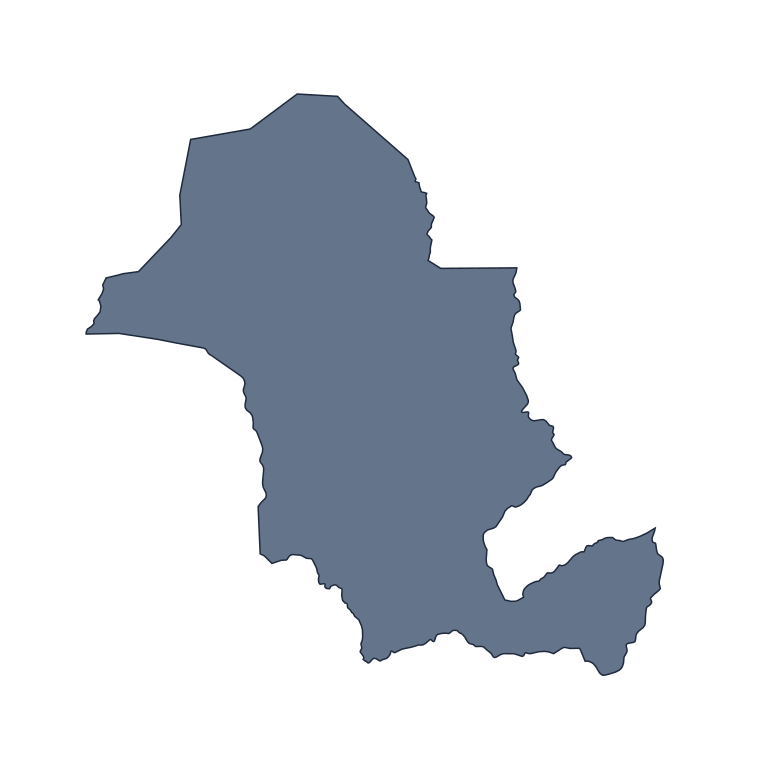 Cololaca, Lempira, Honduras, rotated 278°
{"feature_id": "27666195B2519536680444", "entity_name": "Cololaca", "entity_type": "district", "adm_level": 2, "iso_a3": "HND", "parent_name": "Honduras", "parent_adm1": "Lempira", "projection": "mercator", "projection_center": [-88.919, 14.306], "detail": "fine", "context": "isolated", "style": "filled", "palette": "slate", "viewbox_px": 768, "rotation_deg": 278, "n_neighbors": 0, "source": "geoboundaries", "source_scale": "gbopen_adm2", "svg_char_len": 6155}
<svg xmlns="http://www.w3.org/2000/svg" viewBox="0 0 768 768"><g transform="rotate(278 384 384)"><path d="M599.3,158.5L542.6,155.5L513.6,161.1L499.2,152.5L461.1,125.2L456.9,110.2L454.9,105.7L450.4,94.1L443.0,91.7L439.0,93.1L434.5,92.2L427.5,89.3L426.6,90.6L421.7,92.8L415.9,92.8L411.3,90.2L408.5,88.2L406.0,87.7L403.5,88.5L400.2,86.2L397.1,82.7L393.9,81.9L392.0,82.1L397.2,114.5L396.7,154.2L395.6,173.7L394.5,200.3L394.1,201.8L393.3,203.1L390.0,205.7L389.0,207.0L388.4,208.8L371.9,241.3L370.4,243.5L368.1,245.2L365.6,246.1L362.8,246.1L359.2,245.5L357.2,245.8L355.1,246.8L352.2,248.9L350.7,249.5L344.0,249.3L341.5,249.8L339.1,251.6L336.7,255.7L334.5,257.7L332.6,258.6L327.2,260.0L322.3,260.4L321.3,261.3L319.8,263.8L318.5,264.9L305.8,271.9L303.2,272.9L299.6,273.1L293.2,271.7L290.9,271.7L289.4,272.4L286.7,275.1L284.3,276.4L282.1,276.8L270.0,277.4L267.8,277.8L264.7,278.9L259.8,282.2L257.6,282.9L255.9,282.9L254.2,282.3L249.4,278.7L245.1,276.4L198.6,285.0L197.1,289.5L190.7,298.0L195.1,306.7L196.1,311.7L196.9,312.5L199.1,313.4L200.8,314.5L201.8,315.8L202.4,317.1L202.8,325.1L202.5,326.6L200.6,331.5L200.9,336.4L199.8,337.7L193.4,342.1L191.8,343.0L187.7,344.5L185.8,346.1L184.8,346.4L182.1,346.2L179.3,346.7L178.2,347.2L177.0,348.2L176.9,349.0L177.8,351.9L177.8,353.1L177.3,353.5L175.4,353.6L174.6,353.9L173.8,354.9L173.5,356.4L173.7,358.6L176.3,359.5L177.5,361.4L178.3,363.4L178.0,365.2L176.2,367.6L175.4,370.6L174.4,371.1L168.5,371.6L163.8,373.2L161.7,375.9L161.6,377.3L161.2,378.0L160.6,378.4L158.3,378.8L157.3,379.3L155.5,382.1L153.3,383.8L152.6,385.4L149.8,387.4L147.0,391.9L141.1,395.5L137.4,396.9L130.4,398.1L126.8,398.1L123.6,397.3L119.3,398.8L116.6,397.8L115.4,397.7L111.1,401.8L110.0,402.1L108.4,401.6L107.0,404.0L106.9,405.1L105.6,406.8L105.7,407.7L106.2,408.4L109.9,410.9L110.9,412.1L110.9,414.3L109.4,417.7L109.2,418.9L110.7,420.7L112.6,424.7L114.0,426.0L116.5,427.4L118.3,428.0L119.7,427.8L120.6,428.5L120.6,429.1L119.5,431.0L119.5,432.1L124.1,439.0L127.1,447.5L129.2,452.3L130.3,454.0L130.7,457.4L131.2,459.0L132.7,461.0L137.3,465.1L137.4,466.0L135.9,468.3L135.9,469.1L137.0,469.8L141.6,470.6L143.4,471.8L144.9,475.4L145.9,479.8L145.9,482.8L146.4,483.6L149.1,486.0L149.7,487.2L150.0,489.1L150.0,490.9L148.3,492.9L147.5,495.6L146.8,496.7L144.8,499.1L140.5,502.5L139.2,504.2L138.8,505.4L138.4,508.9L137.1,510.5L136.8,511.5L137.7,516.9L137.5,519.2L134.6,523.4L132.3,527.4L129.2,530.0L128.5,531.3L129.0,532.9L132.4,537.3L133.6,539.9L135.0,550.4L133.5,558.7L133.9,559.5L134.6,560.2L137.2,561.1L137.6,561.6L137.2,565.0L137.4,566.7L140.5,574.8L141.6,580.4L141.6,584.4L140.6,589.5L146.8,596.7L148.1,598.6L148.3,600.1L148.0,605.0L149.4,613.6L149.2,614.6L148.5,615.3L137.4,621.8L137.9,623.6L137.8,625.5L137.2,628.1L136.0,630.4L133.8,633.0L127.9,637.7L126.3,640.1L126.1,641.1L126.3,642.8L128.0,647.2L131.0,653.4L133.4,656.9L135.6,658.6L137.9,659.5L140.9,660.0L147.0,659.7L152.4,661.8L154.5,661.7L158.3,660.3L159.5,660.2L160.3,660.7L161.2,661.9L162.9,667.2L164.0,668.4L165.8,668.7L169.9,668.5L171.9,668.9L174.5,670.4L179.0,674.6L181.7,675.8L183.9,676.0L191.0,675.2L198.0,675.0L199.7,675.4L202.4,678.3L204.4,679.4L205.8,679.3L208.3,677.9L209.3,677.8L212.9,680.4L218.3,685.3L219.9,686.1L224.3,684.4L227.1,684.0L244.9,685.3L248.5,685.1L250.2,684.4L251.3,683.5L253.5,679.4L254.4,678.4L257.2,677.1L263.6,675.3L264.3,674.6L264.6,672.5L266.0,671.4L267.5,671.1L269.2,671.0L276.0,672.4L279.1,672.6L273.0,665.1L268.6,658.4L265.9,653.2L264.1,647.8L261.6,643.4L261.3,642.1L261.8,639.7L261.7,635.6L262.1,634.5L263.4,632.5L263.8,631.4L263.1,627.0L262.1,624.3L260.1,621.5L258.9,618.3L258.4,617.8L257.0,617.5L255.1,614.5L252.5,612.6L252.5,609.2L251.9,607.4L250.7,606.7L245.7,605.5L245.3,603.2L244.9,601.9L241.2,596.9L239.0,594.9L232.7,590.9L230.6,589.0L229.6,587.5L228.9,585.9L228.8,584.6L229.1,583.1L229.0,582.7L222.9,579.3L221.2,577.9L220.1,576.0L219.7,572.2L218.8,571.4L215.3,569.5L212.5,566.2L210.3,564.9L209.7,562.3L209.0,560.8L206.5,556.8L204.5,554.4L200.8,551.6L198.2,550.8L195.0,550.7L192.3,551.9L188.3,546.6L187.3,544.9L186.4,539.6L186.8,537.0L186.8,534.4L187.2,533.6L201.2,524.0L205.2,522.4L210.7,519.1L215.5,517.3L216.2,516.5L217.3,513.8L218.2,512.2L219.2,511.3L220.7,510.5L224.5,509.6L234.2,509.0L236.7,507.1L239.5,505.6L241.8,504.5L244.4,503.8L248.4,503.3L250.8,504.0L253.8,506.8L256.6,512.7L258.4,514.8L268.9,519.9L275.0,521.5L278.1,523.7L281.2,527.3L281.2,528.2L280.5,530.3L280.5,531.6L281.7,534.1L283.6,536.7L286.4,539.3L289.6,541.5L293.1,543.0L294.9,544.2L299.3,545.3L301.3,546.7L303.2,549.3L304.8,553.4L306.0,555.4L309.4,559.5L313.3,563.7L314.7,564.6L320.5,566.3L326.2,569.5L328.3,571.4L329.4,574.7L330.0,575.0L331.9,575.1L336.3,579.5L337.5,580.0L338.6,579.2L339.4,577.5L339.3,573.3L339.5,571.9L341.8,568.8L343.9,563.7L345.6,562.0L349.1,559.7L351.6,557.6L353.7,557.9L357.3,559.5L358.0,559.2L359.5,557.7L363.8,558.0L364.9,557.8L365.6,557.3L366.1,553.6L369.8,549.6L370.9,547.1L370.7,545.1L368.5,538.1L368.6,535.7L369.7,533.4L371.3,531.8L372.5,531.3L375.6,531.3L376.2,530.9L376.3,529.8L375.1,525.3L375.2,524.5L375.6,524.1L376.5,524.1L377.8,524.7L384.2,529.0L386.1,529.4L388.0,529.1L392.6,526.8L399.9,521.5L406.7,515.0L412.8,512.5L416.8,509.7L417.9,509.6L419.0,510.1L421.5,513.7L422.6,514.5L423.4,514.4L426.2,512.8L429.0,513.7L429.7,513.2L431.1,510.7L431.9,510.0L434.4,510.2L435.9,509.9L443.4,506.2L450.2,504.2L456.3,502.1L457.7,502.1L463.3,503.2L468.3,503.4L470.7,503.8L472.6,504.9L475.6,508.4L476.7,508.8L482.7,507.3L484.7,506.4L486.4,504.8L488.3,501.2L490.3,500.2L491.3,500.3L492.9,501.5L494.1,501.6L496.6,500.7L501.9,497.8L504.5,497.2L506.2,497.4L512.4,499.2L517.5,499.4L506.4,424.1L512.4,410.5L515.7,411.0L518.5,411.0L520.6,411.6L525.5,410.9L533.1,411.4L533.7,411.1L534.4,409.8L536.0,408.6L537.8,406.1L538.9,405.6L541.6,406.5L545.6,409.1L549.1,408.7L552.8,409.8L556.0,410.5L556.9,409.9L559.4,405.3L564.3,400.8L565.2,400.6L568.8,401.2L573.2,400.3L576.3,399.2L578.7,399.8L579.2,397.6L579.3,395.0L579.6,394.1L584.0,391.9L588.1,390.6L588.5,389.1L588.5,387.4L588.9,386.7L589.5,386.6L591.0,387.1L592.0,386.9L593.2,385.8L609.6,376.5L655.6,306.2L662.4,298.0L659.1,257.7L617.9,216.0L599.3,158.5Z" fill="#64748b" stroke="#1e293b" stroke-width="1.5"/></g></svg>